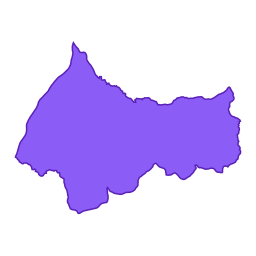 outline of Pedro Afonso, Tocantins, Brazil
{"feature_id": "56859067B14151353864434", "entity_name": "Pedro Afonso", "entity_type": "district", "adm_level": 2, "iso_a3": "BRA", "parent_name": "Brazil", "parent_adm1": "Tocantins", "projection": "albers", "projection_center": [-48.016, -9.204], "detail": "fine", "context": "isolated", "style": "filled", "palette": "violet", "viewbox_px": 256, "rotation_deg": 0, "n_neighbors": 0, "source": "geoboundaries", "source_scale": "gbopen_adm2", "svg_char_len": 5779}
<svg xmlns="http://www.w3.org/2000/svg" viewBox="0 0 256 256"><path d="M73.4,42.7L73.0,43.9L72.6,45.0L72.4,46.1L72.3,47.5L72.4,48.9L72.4,50.5L72.9,52.1L72.9,53.5L72.7,54.7L72.1,57.5L71.3,59.9L71.1,61.1L71.0,62.6L70.6,64.4L69.3,67.3L68.7,68.4L67.8,69.5L66.5,70.7L64.1,73.1L63.0,74.1L61.2,75.4L58.9,76.9L57.9,77.8L56.3,79.6L54.3,81.9L52.8,83.9L51.9,84.9L51.1,86.1L49.7,88.2L48.9,89.6L48.5,90.6L47.9,91.4L46.0,93.4L43.1,96.4L42.5,97.2L40.9,98.7L40.0,99.6L38.6,101.9L38.2,103.2L37.9,104.5L37.5,105.5L36.9,106.9L36.2,108.3L34.6,110.6L32.4,113.9L31.6,115.0L30.6,116.4L29.8,117.7L28.5,120.1L27.3,122.6L26.7,124.2L26.5,125.8L26.6,128.4L26.6,130.6L26.4,131.8L26.1,133.4L25.5,134.7L24.7,136.2L23.0,138.6L21.2,141.1L20.4,142.3L19.8,143.6L19.2,145.5L17.8,150.4L17.4,151.8L17.1,152.8L16.7,154.0L16.0,155.4L15.4,157.2L16.9,158.0L17.6,159.4L18.6,160.1L19.2,160.9L19.3,161.8L20.4,162.3L21.2,163.0L22.1,163.6L23.0,163.8L24.1,163.0L25.7,163.0L26.8,163.1L27.8,163.8L28.6,164.5L29.8,164.6L31.3,166.5L31.7,167.8L32.1,169.5L33.6,169.6L34.6,169.1L35.7,169.9L35.4,171.4L37.8,172.2L38.5,173.1L38.7,174.3L39.7,175.4L41.1,176.1L42.3,176.0L43.3,175.4L44.2,173.9L45.3,173.1L46.3,173.2L46.1,172.1L46.5,171.0L47.9,170.5L49.4,169.7L51.9,170.5L53.0,170.5L53.9,171.1L55.0,170.4L56.4,170.6L56.9,171.8L57.9,172.9L59.3,172.6L59.7,173.7L59.7,175.0L60.1,176.4L61.3,177.3L62.7,178.1L64.0,178.9L64.0,182.2L64.7,184.7L65.0,186.4L65.5,187.7L66.2,188.9L66.9,190.3L67.2,192.0L67.7,193.8L67.6,195.0L68.2,196.0L68.3,197.2L67.5,200.0L67.5,201.6L67.7,202.8L68.6,204.0L69.0,205.3L69.6,206.8L69.9,207.7L70.4,208.7L71.6,209.4L72.6,209.7L73.7,209.8L74.8,210.0L75.9,210.5L76.9,211.0L77.5,212.2L78.2,213.3L79.5,213.3L83.4,211.0L96.3,208.1L97.7,207.4L98.4,206.7L99.1,205.9L100.6,204.3L101.6,203.6L102.8,203.2L104.1,202.8L106.5,202.5L107.4,201.4L108.1,198.3L108.0,197.2L108.1,195.8L107.6,194.3L107.4,193.1L107.4,192.0L107.0,188.5L107.4,187.6L108.6,188.8L109.4,190.5L110.4,191.4L111.7,191.9L113.0,192.5L114.2,193.3L116.0,193.6L119.9,194.3L121.0,194.3L122.2,194.1L123.7,193.5L125.2,192.7L126.7,192.4L128.8,192.3L129.8,192.3L132.0,191.6L133.6,190.8L135.0,189.5L135.9,187.9L137.2,186.6L138.0,185.2L137.9,183.7L138.1,182.5L138.0,181.1L138.3,179.9L138.8,178.7L139.4,177.4L140.7,176.7L143.0,174.8L143.9,174.2L144.8,173.5L145.7,172.8L146.3,171.8L147.1,171.3L148.3,171.0L149.6,170.0L150.7,169.0L151.4,168.2L152.2,167.4L152.9,166.5L153.1,165.2L154.2,163.9L155.6,163.3L156.5,163.8L158.4,166.0L159.5,166.9L161.5,167.7L162.7,168.0L164.2,168.6L165.2,169.7L165.6,170.8L165.8,172.2L166.0,173.6L166.3,175.0L167.7,175.1L169.6,175.1L171.5,174.7L172.3,174.1L173.6,173.3L175.1,172.9L176.3,173.7L177.1,174.5L177.9,175.3L178.7,176.2L179.5,177.2L180.2,178.0L181.1,178.7L182.4,179.1L183.5,179.4L184.5,179.3L185.5,178.8L186.4,178.2L187.5,177.4L188.7,176.7L189.7,176.2L191.5,174.3L192.9,172.9L193.7,171.9L194.4,170.6L196.1,168.5L196.0,167.4L195.2,166.3L195.1,165.3L196.0,165.0L196.9,165.5L197.7,166.3L198.3,167.2L199.2,167.7L201.4,167.7L202.7,168.2L203.9,168.7L205.2,169.1L206.8,169.1L208.1,169.0L209.1,168.7L210.2,168.3L211.8,168.2L213.1,168.4L214.1,168.9L214.9,169.7L215.7,170.9L216.6,171.8L218.1,172.2L219.5,172.3L220.8,172.6L222.2,172.6L222.6,171.6L222.5,170.2L222.7,168.6L222.9,167.7L223.5,166.6L224.6,166.1L225.7,166.1L226.9,166.2L227.9,166.9L229.0,165.4L230.2,164.5L231.5,163.9L232.9,163.5L234.0,162.9L235.2,162.3L235.9,161.3L236.3,160.0L237.5,159.5L238.1,158.4L238.2,156.8L238.7,155.4L239.3,154.6L240.3,153.6L240.5,152.5L240.6,151.4L240.2,150.3L239.5,149.4L240.1,148.5L239.9,147.3L239.1,146.1L237.9,144.8L238.2,142.7L238.8,141.2L237.9,140.2L237.9,138.7L237.6,137.7L237.5,136.3L237.1,135.0L238.1,134.0L238.8,133.0L238.7,131.4L239.2,130.3L239.4,129.3L239.1,127.7L238.2,126.8L238.9,125.5L238.3,124.5L239.3,123.4L239.2,121.8L240.4,121.2L239.6,119.7L238.5,119.1L237.7,118.3L236.5,117.9L235.2,117.6L234.4,116.9L233.0,116.6L231.6,115.9L230.6,114.9L229.8,113.6L229.4,112.4L228.8,110.9L228.5,109.6L228.6,108.2L229.2,107.4L229.8,106.6L229.6,105.5L229.6,104.2L229.8,103.1L230.4,102.1L232.3,101.1L233.2,100.2L234.0,98.8L233.8,97.2L233.2,95.9L233.0,94.9L233.3,93.7L232.6,92.4L231.6,90.9L230.0,87.7L229.1,87.1L228.1,87.8L227.4,88.6L226.9,89.8L225.6,90.9L224.2,92.0L223.1,92.9L222.1,93.0L220.9,93.8L219.8,94.2L218.6,94.4L217.4,95.5L216.5,96.0L215.7,96.6L213.5,98.1L212.4,98.5L211.0,99.2L209.7,99.2L208.5,98.9L207.0,99.2L205.7,99.2L204.5,99.0L203.1,98.0L202.1,97.0L201.0,96.7L199.4,96.9L197.5,97.0L195.7,97.5L193.9,97.8L192.9,98.4L191.5,98.3L190.0,98.3L188.6,98.6L186.3,97.5L184.8,97.8L183.6,97.0L182.2,96.9L181.0,97.0L179.7,97.6L177.9,97.8L176.7,98.4L176.0,99.4L173.7,100.6L172.5,102.8L171.2,104.0L169.6,104.3L168.2,104.7L166.8,104.8L165.8,104.3L164.6,104.4L162.8,104.6L161.6,104.9L160.3,104.9L159.1,104.6L158.1,104.9L157.4,103.9L156.8,102.6L156.3,101.6L154.8,101.3L153.7,100.7L152.5,100.3L151.0,100.2L150.0,98.7L148.6,97.7L147.0,97.8L145.8,98.0L144.6,97.8L143.9,98.4L142.8,98.6L142.2,99.6L141.1,98.8L139.7,98.9L138.0,98.6L136.4,98.4L135.9,99.5L134.7,100.1L135.4,101.2L135.7,102.3L133.9,102.2L132.9,101.2L131.4,99.3L130.7,98.5L129.6,98.4L127.9,97.8L126.7,96.9L125.8,96.2L125.3,95.2L125.7,94.1L124.7,93.2L123.3,93.4L122.6,92.7L122.6,91.3L121.3,90.6L120.5,89.7L119.9,88.5L118.9,87.4L117.2,87.0L116.5,85.8L115.0,86.4L114.3,85.7L112.9,86.2L112.0,85.8L110.7,85.6L109.3,84.4L108.8,83.2L107.9,83.9L106.7,84.2L106.9,83.1L105.7,82.0L104.8,79.8L103.2,80.0L102.1,80.2L101.4,79.3L101.5,78.1L101.2,76.6L99.6,76.7L99.3,78.3L98.0,77.5L97.0,76.1L95.7,75.0L95.0,73.8L93.9,70.8L93.2,69.3L92.4,68.0L91.9,67.1L91.2,66.0L90.5,64.9L89.5,63.9L88.6,62.7L87.0,60.2L86.6,59.2L86.7,58.0L86.7,57.0L86.6,55.7L86.1,54.2L85.3,52.9L83.9,52.2L82.3,52.5L80.8,52.5L79.6,51.8L79.1,50.9L78.6,49.9L78.2,48.9L77.3,47.9L76.3,46.9L75.4,45.8L73.4,42.7Z" fill="#8b5cf6" stroke="#5b21b6" stroke-width="1.5"/></svg>